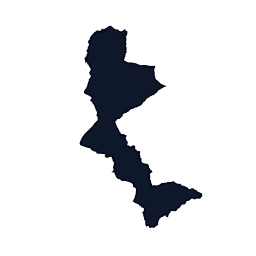 outline of Situbondo, Jawa Timur, Indonesia, rotated 247°
{"feature_id": "22746128B65817775308435", "entity_name": "Situbondo", "entity_type": "district", "adm_level": 2, "iso_a3": "IDN", "parent_name": "Indonesia", "parent_adm1": "Jawa Timur", "projection": "robinson", "projection_center": [113.954, -7.799], "detail": "fine", "context": "isolated", "style": "filled", "palette": "ink", "viewbox_px": 256, "rotation_deg": 247, "n_neighbors": 0, "source": "geoboundaries", "source_scale": "gbopen_adm2", "svg_char_len": 5925}
<svg xmlns="http://www.w3.org/2000/svg" viewBox="0 0 256 256"><g transform="rotate(247 128 128)"><path d="M219.3,163.1L218.7,160.8L218.9,159.3L219.3,158.4L220.8,157.1L222.3,156.5L222.7,155.1L223.5,154.1L227.9,151.8L228.3,151.5L228.5,150.6L228.4,149.0L227.9,147.8L227.9,145.8L227.5,144.8L227.2,145.0L226.9,144.4L227.4,143.6L228.5,143.3L228.7,142.7L228.0,142.0L228.0,141.5L227.3,141.4L227.3,140.9L227.0,140.8L228.2,139.1L228.5,138.0L228.7,137.5L229.1,137.6L229.2,137.3L228.4,136.6L228.4,135.9L228.7,135.9L228.6,134.8L227.5,132.4L227.0,132.0L227.1,131.1L226.3,130.8L225.9,129.2L225.0,130.0L224.7,129.7L224.8,128.5L224.1,128.3L223.6,127.7L223.7,126.8L223.2,126.1L222.3,125.5L222.3,125.9L221.6,126.4L220.8,126.2L220.3,125.3L219.4,125.3L218.8,124.9L217.7,123.2L216.4,122.6L214.9,120.6L212.5,120.9L211.1,119.0L209.7,118.3L208.9,116.1L209.1,116.6L208.8,116.6L209.1,117.3L208.1,116.9L208.1,116.1L208.3,116.2L208.6,116.0L208.4,115.7L208.0,116.0L205.8,115.2L206.4,116.4L207.7,116.6L207.4,117.3L205.8,116.5L204.2,116.6L202.7,116.4L202.3,116.6L202.2,117.1L199.8,117.0L197.8,117.6L195.5,117.0L193.6,114.5L192.5,114.4L191.5,114.9L189.9,114.9L188.3,113.1L187.5,111.5L187.0,111.5L183.9,108.6L182.1,107.3L180.2,105.1L179.0,102.9L177.8,102.0L176.7,102.4L172.8,105.9L170.4,107.2L169.2,106.7L167.8,104.7L165.5,106.0L163.9,105.7L163.4,106.5L157.4,106.2L155.4,106.4L153.9,106.2L151.6,104.6L150.2,105.1L147.2,104.1L146.3,103.2L144.8,99.4L142.7,95.8L139.0,86.4L136.9,82.8L134.4,79.8L132.4,78.1L131.4,78.1L130.8,78.5L127.3,82.2L124.2,86.2L123.6,86.5L122.7,86.3L121.3,87.2L121.0,87.9L120.6,88.2L120.3,88.1L119.5,89.5L117.2,90.1L116.4,91.1L115.9,92.8L115.6,93.0L114.0,96.2L113.0,97.2L112.2,97.8L110.9,96.3L110.0,96.6L109.7,97.3L110.0,97.9L109.3,97.8L109.3,99.8L109.0,101.1L108.4,101.9L108.6,102.1L107.9,102.8L106.2,101.9L105.8,102.0L105.9,102.5L105.4,102.8L103.8,101.8L101.9,102.5L100.3,101.6L99.9,101.7L99.2,101.3L98.7,100.5L98.2,100.5L97.7,99.6L96.8,99.3L96.0,99.6L95.1,99.2L93.8,98.2L93.6,97.5L93.4,97.9L92.3,98.7L87.5,98.6L85.5,99.5L84.3,101.4L82.8,101.7L82.0,102.4L81.9,103.2L80.7,105.6L77.0,109.9L75.7,110.8L74.4,111.2L73.1,111.1L72.2,110.6L72.1,111.2L70.8,111.5L70.7,111.9L69.5,112.4L67.1,111.7L62.8,109.2L62.5,108.5L62.1,108.7L61.5,108.2L61.4,108.3L60.5,106.9L59.8,106.0L58.9,105.5L58.5,104.7L56.6,105.9L55.0,107.6L52.7,109.3L52.4,109.2L52.5,109.4L51.7,110.0L49.9,110.2L49.8,110.7L48.0,112.1L45.9,111.3L44.8,110.4L44.3,108.9L43.7,108.7L42.7,109.2L41.0,108.4L38.7,108.5L37.3,107.8L35.9,108.6L35.3,108.6L34.9,107.9L32.7,107.3L32.5,107.0L32.5,106.5L32.2,107.1L30.9,106.9L30.6,109.1L29.9,109.6L28.3,109.3L28.1,109.7L28.0,111.1L26.8,112.9L26.9,114.0L27.6,115.5L27.6,117.1L30.8,119.0L31.9,120.4L32.6,120.8L33.6,123.7L33.4,125.5L33.7,126.1L33.9,127.9L34.3,128.1L33.3,128.9L31.5,129.3L31.2,129.7L33.2,131.4L34.3,133.2L34.2,133.4L35.6,134.5L35.0,136.7L33.7,139.0L33.5,139.9L35.1,142.0L34.9,143.7L36.9,147.1L37.1,148.9L36.5,149.6L36.4,150.7L38.3,152.8L38.4,153.8L38.0,155.9L38.9,158.4L38.6,160.5L37.5,161.0L36.9,162.1L36.8,162.9L37.2,164.0L36.4,164.8L35.5,166.8L36.3,167.7L38.0,167.5L37.8,168.2L36.5,168.6L36.5,168.9L38.4,169.8L40.2,168.3L41.4,166.8L43.0,166.3L43.9,165.7L44.6,164.7L46.6,163.9L46.9,162.1L46.7,160.8L47.2,159.6L49.6,158.9L49.7,158.5L50.5,158.1L50.9,157.3L52.2,156.7L53.1,154.9L54.3,154.1L55.5,153.9L56.3,152.1L57.2,151.1L57.1,150.6L57.4,150.1L58.2,150.2L59.2,149.2L60.6,148.8L60.5,146.8L61.0,146.3L61.1,145.3L62.1,143.3L61.9,142.0L62.6,140.2L63.1,137.9L63.5,137.5L63.3,137.1L62.9,137.0L63.2,136.4L62.7,133.4L63.2,132.3L63.2,130.7L63.9,130.5L64.5,129.5L64.6,128.2L64.3,126.0L64.6,125.5L65.6,125.7L66.1,126.6L65.9,127.1L66.3,127.4L68.7,127.2L70.6,127.9L70.9,127.7L71.0,127.0L74.0,128.4L74.4,128.1L75.0,128.3L75.4,129.1L76.7,129.0L78.2,130.3L78.6,132.6L79.2,132.6L80.3,131.7L81.9,131.7L83.1,131.1L83.8,131.2L84.9,131.7L86.0,131.7L86.6,131.5L87.5,130.4L88.0,129.2L88.9,128.3L89.3,127.3L90.3,126.9L92.8,126.6L93.7,127.4L94.6,127.7L95.3,127.1L95.3,126.2L95.7,126.0L97.0,127.6L97.8,127.8L98.5,127.5L99.1,127.9L100.1,127.9L100.3,128.3L100.7,128.3L100.7,128.8L101.6,129.1L102.2,128.3L101.9,128.0L102.1,127.2L102.5,126.9L104.7,126.4L105.0,125.4L107.3,125.9L107.6,126.5L108.7,126.5L109.2,126.2L109.0,125.8L109.4,124.8L108.9,122.3L110.1,122.0L111.3,121.0L112.3,119.4L114.4,121.0L114.9,121.0L115.1,121.5L117.9,121.0L118.6,121.3L119.1,121.0L121.3,122.1L121.5,122.8L123.4,121.2L124.5,118.9L125.0,117.2L125.1,118.0L126.2,118.7L127.9,118.1L130.8,118.1L133.5,117.6L138.5,117.9L139.6,118.4L140.4,120.6L141.4,120.8L141.4,121.6L140.4,124.0L141.1,125.4L141.4,125.6L141.7,127.2L143.1,128.1L143.5,129.0L143.7,130.2L143.3,132.2L143.8,133.2L143.6,134.6L143.9,134.8L145.1,138.8L144.8,139.1L144.9,139.7L144.5,139.9L144.7,143.3L144.3,144.3L144.6,144.9L144.3,145.5L144.7,147.0L144.4,147.7L144.6,148.0L144.7,149.3L145.2,149.6L145.8,151.2L146.6,152.1L146.7,153.8L148.6,156.5L148.7,159.5L149.2,160.3L149.2,162.4L149.6,163.3L149.1,164.0L149.3,164.7L149.1,164.8L149.8,166.3L150.0,167.9L151.4,170.3L151.7,171.9L151.5,172.5L152.4,173.5L152.0,174.1L151.9,175.5L152.4,176.3L152.3,177.9L155.4,174.9L160.4,172.8L161.1,172.1L163.1,171.9L165.5,172.5L167.1,172.5L168.5,173.5L169.5,173.4L170.2,173.8L171.3,174.0L173.0,175.1L173.5,175.9L174.2,176.3L174.4,175.3L175.1,174.4L175.6,172.6L176.1,172.1L177.2,169.8L177.9,169.5L179.1,167.0L180.2,163.7L184.8,159.1L184.8,157.8L185.9,157.3L186.4,156.4L186.4,155.7L187.4,154.2L187.5,153.3L188.7,152.5L189.8,151.2L190.1,151.2L191.1,150.4L192.1,150.1L192.8,150.2L194.0,151.1L193.8,151.4L194.5,151.7L195.3,152.8L196.6,153.3L196.7,153.8L198.1,154.5L198.8,155.8L200.3,156.0L200.5,155.5L201.3,156.3L201.4,157.0L202.2,156.8L203.0,157.5L204.3,157.3L205.3,157.7L206.1,158.7L207.8,158.8L207.9,159.2L209.1,159.4L209.6,160.0L211.7,160.9L213.2,160.9L213.7,161.3L214.2,162.4L215.4,163.6L216.5,163.9L216.9,164.3L217.2,164.2L217.0,163.6L217.2,163.8L217.6,163.3L218.3,163.2L218.4,162.9L219.3,163.1Z" fill="#0f172a" stroke="#020617" stroke-width="1.5"/></g></svg>